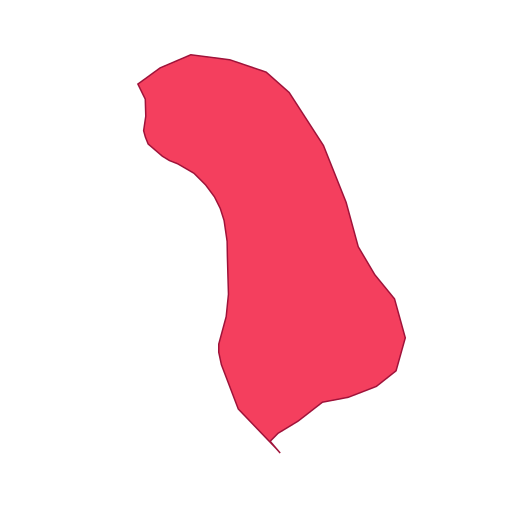 the district of L'Hermitage, Gros Islet, Saint Lucia, rotated 111°
{"feature_id": "8701671B71072292356728", "entity_name": "L'Hermitage", "entity_type": "district", "adm_level": 2, "iso_a3": "LCA", "parent_name": "Saint Lucia", "parent_adm1": "Gros Islet", "projection": "orthographic", "projection_center": [-60.94, 14.065], "detail": "fine", "context": "isolated", "style": "filled", "palette": "rose", "viewbox_px": 512, "rotation_deg": 111, "n_neighbors": 0, "source": "geoboundaries", "source_scale": "gbopen_adm2", "svg_char_len": 716}
<svg xmlns="http://www.w3.org/2000/svg" viewBox="0 0 512 512"><g transform="rotate(111 256 256)"><path d="M137.8,427.9L146.0,419.1L149.2,415.6L165.0,409.0L179.3,405.8L184.6,401.9L190.1,396.8L193.1,388.4L196.4,379.2L197.9,371.1L198.0,362.1L201.0,343.5L207.7,328.5L215.7,315.9L224.4,306.4L234.3,298.5L252.7,288.2L266.3,282.7L280.0,277.0L301.6,268.0L323.3,262.1L351.6,259.2L359.2,256.3L369.8,249.4L405.2,217.7L428.3,168.6L431.3,162.8L423.9,176.4L413.6,171.9L395.0,157.5L368.7,141.6L354.8,119.2L334.6,96.9L313.0,84.1L278.9,87.3L246.4,111.3L230.9,138.4L210.7,163.9L173.6,191.1L128.7,232.6L91.5,283.6L80.7,312.4L82.2,350.7L91.5,389.0L114.7,412.9L137.8,427.9Z" fill="#f43f5e" stroke="#9f1239" stroke-width="1.5"/></g></svg>